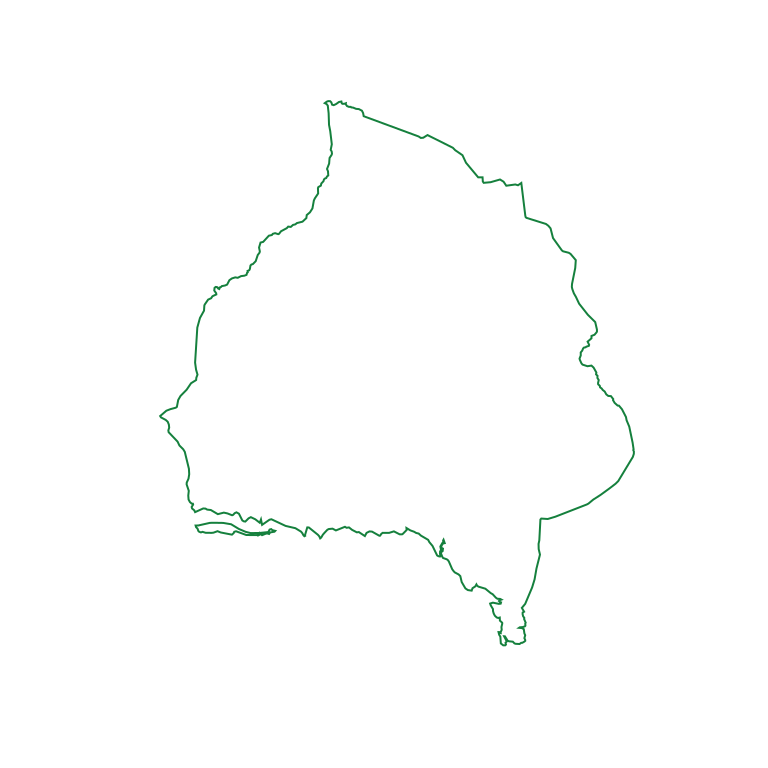 outline of Krakor, Pouthisat, Cambodia, rotated 164°
{"feature_id": "14789045B13270514327943", "entity_name": "Krakor", "entity_type": "district", "adm_level": 2, "iso_a3": "KHM", "parent_name": "Cambodia", "parent_adm1": "Pouthisat", "projection": "orthographic", "projection_center": [104.201, 12.447], "detail": "fine", "context": "isolated", "style": "outline", "palette": "green", "viewbox_px": 768, "rotation_deg": 164, "n_neighbors": 0, "source": "geoboundaries", "source_scale": "gbopen_adm2", "svg_char_len": 6156}
<svg xmlns="http://www.w3.org/2000/svg" viewBox="0 0 768 768"><g transform="rotate(164 384 384)"><path d="M600.9,312.9L592.1,314.2L589.9,313.4L588.6,312.0L585.2,310.6L579.6,304.7L573.4,304.5L570.1,302.7L566.2,299.7L565.1,299.8L563.1,301.0L561.2,301.3L559.2,299.3L557.8,291.9L556.6,290.6L555.2,290.0L551.2,292.2L548.7,292.7L545.0,289.4L541.7,284.9L539.6,287.7L540.0,282.2L531.5,285.1L529.5,285.0L517.7,274.7L508.9,269.8L504.4,264.9L503.6,263.0L503.2,261.0L502.5,259.6L501.6,259.8L501.6,260.5L497.3,267.3L495.8,266.8L489.1,257.3L488.2,255.4L487.9,253.2L486.7,253.7L484.3,256.0L482.3,257.3L478.6,259.5L477.0,259.8L473.3,259.1L470.6,256.5L460.9,257.5L459.6,256.1L457.2,255.8L454.9,252.6L451.0,248.9L449.0,248.6L444.3,243.1L441.8,245.7L438.6,246.3L436.2,245.4L430.3,239.4L429.5,239.3L427.9,240.7L426.3,241.3L420.1,239.5L415.1,239.6L410.4,235.2L408.1,234.5L407.3,234.7L402.5,237.4L402.1,239.4L399.0,236.0L395.8,233.7L394.1,231.9L391.9,230.7L390.3,228.1L384.5,222.0L384.0,219.5L382.0,215.0L380.2,204.6L379.2,203.5L377.7,202.7L377.1,203.1L377.0,205.3L376.2,207.7L375.0,208.2L374.6,212.3L371.7,215.1L370.7,215.4L370.3,217.3L369.7,217.9L369.5,214.3L371.2,214.5L373.1,212.9L373.9,211.6L374.0,210.8L372.7,209.5L373.7,207.2L375.6,206.5L375.9,205.3L375.6,201.9L375.2,200.5L372.0,198.2L371.2,197.2L370.6,195.6L369.5,187.2L368.7,185.0L367.9,183.4L364.8,180.4L363.6,178.3L363.9,172.2L362.1,165.1L360.2,162.8L356.7,161.2L355.2,163.3L352.0,164.3L350.4,165.9L350.1,164.5L349.1,163.2L343.0,159.3L339.0,153.5L337.5,152.0L335.4,147.8L334.2,146.3L331.6,145.4L330.6,144.4L332.4,144.3L333.3,143.7L332.5,142.3L331.7,141.8L332.4,140.7L334.2,141.0L339.6,143.8L342.5,143.7L342.4,141.8L341.3,137.6L341.8,135.7L341.8,133.1L341.3,130.7L340.0,128.5L338.7,127.6L337.1,127.6L337.8,124.6L336.2,122.0L336.4,121.0L338.1,118.0L338.6,115.3L340.4,113.1L340.5,112.4L341.1,112.7L341.6,113.8L342.3,114.0L342.4,111.2L341.8,109.1L343.2,102.4L341.4,99.9L339.5,99.4L338.6,99.9L338.5,101.8L337.2,102.5L337.1,103.4L338.1,108.4L337.3,108.1L335.9,103.1L334.7,102.2L331.2,100.8L330.1,98.7L329.1,98.0L325.4,96.7L323.4,97.4L322.4,97.1L320.0,97.7L319.0,98.2L318.8,99.2L319.1,101.0L317.5,103.6L317.8,105.5L317.2,109.8L318.8,111.4L321.4,112.4L320.5,112.7L317.7,112.1L315.4,112.2L314.7,112.7L314.2,114.9L313.6,115.5L314.1,119.5L313.6,120.4L314.3,122.5L314.2,124.6L313.7,126.1L312.1,126.5L313.2,130.8L308.9,133.7L297.7,147.6L293.1,154.7L288.3,164.6L281.1,177.0L280.8,182.7L279.5,187.7L277.8,190.9L271.0,210.6L269.9,211.3L263.8,209.1L255.9,209.2L222.2,212.3L220.4,212.7L214.7,215.2L206.7,217.6L196.8,221.2L188.9,224.3L185.6,226.1L164.9,245.3L163.1,248.0L162.4,250.2L162.6,251.8L162.1,252.3L161.2,259.0L160.0,275.4L160.8,282.3L160.5,285.5L162.2,294.1L164.1,298.4L165.4,298.9L167.5,302.3L168.3,305.4L167.8,306.3L169.2,309.8L171.7,310.7L173.2,312.8L173.9,315.9L175.4,318.0L176.0,319.7L177.2,321.2L177.1,322.9L178.2,324.6L178.0,325.9L176.5,328.6L177.2,331.0L176.5,333.1L177.5,334.8L176.7,336.5L178.0,342.0L179.5,344.5L183.5,345.0L187.8,347.9L188.5,349.4L189.1,353.4L189.0,354.6L187.0,357.2L186.2,360.1L184.3,361.4L182.8,363.3L181.7,363.9L180.1,363.7L179.3,364.1L176.6,364.2L176.0,365.1L176.6,368.6L172.0,370.7L171.3,373.0L168.1,373.3L165.4,375.1L164.8,375.8L164.3,377.6L163.9,385.3L169.0,394.4L174.3,407.4L175.5,414.8L176.5,418.8L176.8,423.1L176.7,425.5L175.7,428.3L168.2,442.8L165.5,450.2L168.8,457.6L170.2,459.2L175.3,462.2L176.2,463.4L181.3,477.7L181.0,487.7L182.4,490.8L184.2,493.2L201.2,504.4L201.8,505.2L201.8,506.7L196.6,539.4L200.4,538.1L202.8,539.6L211.8,540.9L213.3,545.5L216.1,548.6L225.9,548.6L232.7,549.9L233.2,551.4L232.3,555.5L236.5,556.7L244.2,574.1L245.5,582.3L251.1,589.1L252.7,592.1L273.6,611.3L278.4,609.9L280.8,610.4L282.5,612.4L329.7,647.0L329.4,650.2L329.9,652.8L332.4,655.2L335.0,656.2L337.5,658.2L339.2,658.9L339.6,659.6L341.2,660.0L342.9,661.3L343.7,663.5L343.3,664.4L345.0,664.3L346.7,664.8L347.2,665.4L347.1,667.3L349.6,667.5L352.9,666.3L355.5,665.9L356.9,666.8L357.0,669.2L357.8,670.7L359.7,671.3L361.1,671.2L363.5,670.3L362.0,668.9L361.3,667.1L362.6,659.5L365.4,648.3L366.0,641.8L368.1,628.8L370.7,623.8L370.2,622.0L370.5,619.8L371.1,618.8L374.0,616.3L376.0,611.0L379.5,606.4L379.2,603.9L380.1,599.8L381.6,599.2L382.8,597.9L384.2,597.8L385.3,597.2L386.3,595.6L389.0,594.0L390.0,592.1L392.8,591.4L393.5,590.5L394.8,585.3L399.3,581.5L400.8,579.8L404.4,572.5L407.9,569.4L411.7,567.7L412.9,564.9L417.6,562.5L423.4,562.7L425.2,561.9L427.6,562.0L430.3,560.7L432.7,561.7L434.5,560.6L440.9,559.2L443.5,557.3L444.4,557.2L447.1,559.0L449.5,559.0L450.8,558.1L453.8,558.3L461.0,553.9L463.7,554.0L466.5,549.6L466.8,545.7L467.4,544.6L469.8,542.8L473.5,537.4L477.0,535.4L478.5,535.4L479.7,534.7L481.2,531.6L482.2,530.5L484.0,530.3L484.2,528.9L485.0,528.6L486.1,526.8L488.4,526.6L491.7,527.1L495.3,526.4L497.6,527.5L501.1,527.4L504.0,526.4L507.4,522.8L509.6,522.5L512.9,522.8L513.9,522.2L515.5,522.1L515.6,521.4L516.2,520.7L517.1,521.5L517.9,523.3L519.1,523.7L520.4,523.1L521.4,520.6L520.3,517.5L520.5,516.3L523.9,515.8L524.9,515.5L526.5,514.1L529.8,513.6L534.3,509.9L535.0,509.1L536.8,504.1L542.7,498.2L547.9,489.7L559.7,456.6L560.7,449.6L560.7,444.4L562.7,441.7L563.5,439.6L569.3,437.9L575.3,432.9L582.9,428.6L586.2,425.4L589.4,419.1L590.7,418.6L596.2,418.7L600.6,418.3L608.0,414.9L607.6,413.4L603.7,409.6L602.3,407.3L602.0,404.3L602.5,401.3L604.1,398.8L604.3,397.0L598.3,385.5L597.6,381.3L595.0,376.6L594.2,373.7L594.9,356.3L596.1,351.0L598.0,346.9L600.8,343.6L601.4,341.9L601.1,335.1L602.9,330.7L603.7,326.8L603.1,324.0L601.8,322.0L600.7,321.6L600.7,320.7L602.8,318.8L602.8,317.2L601.2,314.9L600.9,312.9ZM600.9,291.8L599.2,291.9L596.4,290.1L590.6,288.4L588.9,288.1L584.6,288.4L581.9,286.3L571.7,281.1L569.6,282.1L568.7,283.2L566.8,283.2L558.0,276.8L548.2,273.9L547.5,273.8L545.9,274.7L546.4,273.2L542.7,273.8L543.2,272.7L542.9,272.3L538.9,272.7L537.4,272.5L535.8,271.5L534.4,272.7L530.0,272.2L529.0,272.8L531.6,274.3L532.4,275.6L534.1,275.6L535.9,273.7L536.8,273.7L545.1,275.2L553.4,277.5L557.7,280.0L563.4,284.6L569.6,291.3L576.9,294.8L585.8,297.5L589.6,298.5L601.6,299.2L604.1,299.9L604.1,298.2L603.1,296.3L603.0,294.0L602.4,292.9L600.9,291.8Z" fill="none" stroke="#15803d" stroke-width="2"/></g></svg>